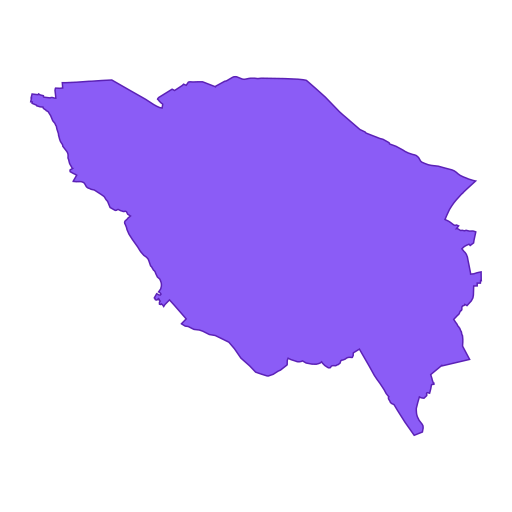 the district of Tomesti, Iasi, Romania
{"feature_id": "2599482B1049926597477", "entity_name": "Tomesti", "entity_type": "district", "adm_level": 2, "iso_a3": "ROU", "parent_name": "Romania", "parent_adm1": "Iasi", "projection": "mercator", "projection_center": [27.701, 47.108], "detail": "fine", "context": "isolated", "style": "filled", "palette": "violet", "viewbox_px": 512, "rotation_deg": 0, "n_neighbors": 0, "source": "geoboundaries", "source_scale": "gbopen_adm2", "svg_char_len": 5953}
<svg xmlns="http://www.w3.org/2000/svg" viewBox="0 0 512 512"><path d="M475.8,231.9L475.1,231.6L473.0,231.0L469.4,231.1L466.1,230.3L465.7,230.4L464.7,230.8L463.5,230.6L462.3,230.3L460.7,230.5L460.3,230.4L459.9,230.1L458.0,228.9L457.2,228.5L456.5,228.6L458.6,225.9L456.5,225.0L455.1,225.4L454.1,225.1L452.6,224.1L451.9,223.5L450.0,222.1L448.6,221.2L445.0,219.5L446.6,215.7L448.4,211.8L449.6,209.3L451.8,205.8L454.0,202.7L456.1,200.1L461.5,194.1L462.1,193.5L462.4,193.5L463.6,192.1L466.2,189.6L475.6,181.0L473.0,180.4L468.5,179.0L466.4,178.1L463.3,176.9L460.2,175.4L458.1,173.9L456.3,172.3L454.3,170.9L452.0,169.9L444.8,168.0L438.3,166.2L431.4,165.4L428.4,164.8L424.9,163.5L421.9,162.2L420.7,161.2L418.6,157.6L417.6,156.6L416.2,155.5L414.6,154.9L412.5,154.4L408.3,153.0L405.0,151.4L403.2,150.2L396.0,146.3L390.0,144.1L389.5,143.8L389.3,143.0L388.4,142.3L383.0,139.3L379.9,138.5L366.1,133.1L365.1,132.0L359.9,129.5L342.4,114.4L339.4,111.7L325.3,97.1L315.5,88.3L306.9,80.8L306.2,80.3L302.9,79.7L297.9,79.2L284.6,78.6L261.3,78.2L257.8,78.6L254.6,78.2L250.8,78.2L249.0,78.4L245.7,79.1L244.4,79.3L242.9,79.2L241.9,78.9L237.9,77.3L236.7,76.8L235.3,76.7L233.8,76.8L232.4,77.4L226.6,80.8L225.3,81.2L224.8,81.2L215.7,86.2L215.5,86.8L203.9,82.3L202.5,81.8L198.3,81.8L193.0,82.0L189.9,81.8L188.4,82.1L186.2,85.3L183.6,84.2L182.4,85.4L174.6,90.5L172.1,89.2L158.7,97.5L157.7,98.7L157.6,99.3L158.2,99.7L159.1,100.9L160.6,102.5L161.7,103.4L162.6,104.0L162.7,104.5L162.1,108.0L159.7,107.6L156.6,106.2L155.2,105.4L153.9,104.7L145.6,99.3L142.1,97.3L130.3,90.6L111.8,80.0L101.9,80.5L92.0,81.2L88.7,81.3L76.8,82.2L65.3,82.7L62.3,82.7L62.7,88.0L59.8,88.3L55.6,88.1L55.4,88.3L55.0,90.4L55.7,96.5L55.8,98.2L54.9,98.2L52.3,97.5L51.3,97.5L50.7,97.6L50.5,97.8L50.1,97.9L44.4,97.2L43.9,97.1L43.5,96.8L43.4,95.7L40.5,95.0L39.8,94.7L38.6,93.9L38.0,94.7L32.1,94.0L31.1,97.9L31.5,98.0L30.7,101.8L32.3,102.0L32.1,103.3L36.5,105.2L36.7,105.8L40.0,106.8L43.0,107.1L43.4,108.4L45.9,110.1L46.2,110.6L48.1,111.6L50.6,115.6L52.6,120.4L53.0,121.1L54.8,123.2L55.8,125.4L56.3,126.1L56.9,129.0L58.5,133.9L58.5,135.0L59.7,139.5L60.5,141.6L62.6,144.8L62.8,146.3L66.6,151.2L67.3,152.3L67.7,153.2L68.0,154.3L68.1,155.8L68.0,157.9L68.2,158.6L68.7,159.8L68.9,160.8L69.5,163.2L70.0,164.3L71.7,167.2L72.0,167.9L72.2,168.6L72.3,168.6L71.8,169.0L70.3,169.7L70.1,170.0L70.0,170.8L70.2,171.7L73.6,173.6L74.6,174.0L76.7,175.2L73.3,181.0L73.2,181.4L76.4,181.7L80.2,181.6L81.4,181.7L83.1,182.3L83.8,182.7L84.4,183.3L85.4,184.9L85.7,185.6L86.4,186.7L86.9,187.2L88.0,188.0L89.8,188.6L91.1,189.3L94.3,190.0L101.1,194.4L103.8,196.3L104.6,197.2L105.4,198.6L106.1,199.7L107.6,201.4L110.1,207.5L113.6,209.5L115.3,210.4L116.6,210.2L117.3,209.6L118.4,209.5L120.7,210.7L122.2,211.1L123.2,211.5L124.3,211.5L125.0,211.2L125.6,211.3L126.5,211.8L127.7,214.2L130.5,216.0L129.6,216.8L128.3,217.7L127.3,219.0L125.1,221.0L124.6,222.2L124.8,223.7L125.2,224.2L126.5,227.5L127.0,229.6L129.0,234.2L132.4,239.5L137.8,247.1L139.8,250.4L140.9,252.0L143.8,255.3L146.5,257.2L148.1,259.0L148.9,260.9L150.6,265.9L151.5,266.7L153.5,270.1L154.4,270.8L155.2,272.0L155.8,273.7L157.4,277.0L159.7,279.0L160.3,280.2L161.2,282.7L161.4,284.0L161.4,286.1L160.7,288.9L158.6,291.9L159.6,292.3L160.4,293.2L161.0,294.1L160.4,295.0L159.1,295.0L156.7,293.7L154.3,297.9L155.0,298.5L155.1,298.8L155.0,299.0L155.4,299.7L156.2,300.0L156.9,300.0L157.8,299.3L158.4,298.6L159.3,299.4L159.1,300.1L160.2,301.1L159.5,302.1L159.4,302.8L159.5,304.2L160.7,304.5L161.4,303.9L162.7,305.0L163.7,306.5L164.9,304.6L169.5,299.9L174.1,305.0L186.2,318.9L181.7,323.5L181.4,323.7L181.4,323.8L185.2,326.1L188.2,326.5L192.5,328.7L194.0,329.4L199.3,330.0L202.8,331.2L209.3,334.5L215.2,335.5L228.9,342.2L234.5,348.8L240.9,358.1L249.7,365.9L255.6,372.1L257.8,372.9L261.6,374.2L267.0,375.9L268.3,376.0L273.2,374.3L278.2,371.1L280.5,370.1L287.0,365.0L287.2,364.4L287.2,362.3L287.3,360.3L288.1,358.2L290.9,359.6L295.3,361.0L297.2,361.7L299.2,361.8L301.1,361.5L302.5,360.9L306.1,363.0L312.0,364.1L316.3,364.2L318.6,363.6L320.4,362.9L321.6,361.8L322.4,363.0L323.1,363.8L324.8,365.5L327.5,367.3L328.4,367.8L329.6,367.8L330.4,367.6L331.1,366.4L331.6,366.0L332.4,365.7L333.9,365.6L334.9,365.7L335.6,365.7L336.4,365.4L337.4,364.7L338.0,364.7L340.0,363.2L340.8,360.8L341.7,360.2L342.9,360.0L345.2,359.1L346.5,358.1L347.9,357.5L349.5,357.3L352.0,357.5L352.3,357.4L352.5,357.0L353.2,355.5L353.2,354.0L353.4,352.8L359.4,349.1L369.2,366.1L374.4,375.5L377.1,379.5L379.9,383.3L384.1,389.7L386.2,393.6L388.8,396.8L388.5,397.2L388.4,397.9L388.4,398.2L388.7,399.2L389.9,401.1L390.4,402.4L391.6,403.5L394.0,404.6L397.5,410.4L404.9,422.1L414.2,435.3L422.4,432.0L423.1,428.2L423.1,427.5L423.0,425.9L422.2,424.3L419.1,420.3L417.4,416.8L416.8,414.9L416.5,413.2L416.3,410.3L416.3,408.4L417.8,402.4L419.4,396.9L420.9,397.7L422.3,398.0L424.0,398.2L426.6,395.7L426.8,395.3L426.8,394.7L426.6,394.3L426.5,393.9L426.6,393.4L426.7,393.1L427.0,392.8L427.5,392.7L427.9,392.7L429.6,393.2L430.4,390.2L430.8,388.5L431.2,386.2L431.6,384.6L432.7,384.4L433.9,384.3L433.9,383.1L433.3,383.0L432.3,380.1L431.9,378.4L430.7,374.6L441.8,365.4L442.0,365.9L469.6,359.4L462.6,346.2L462.6,344.9L462.8,342.1L462.8,339.3L462.5,335.7L461.8,334.3L461.4,331.9L460.6,330.5L459.7,328.2L459.0,327.5L458.7,326.8L457.8,325.9L456.9,324.0L455.6,322.3L453.7,319.4L457.8,315.1L458.5,314.6L458.8,314.2L459.2,313.6L460.0,311.7L460.6,310.8L461.0,310.5L461.4,310.5L461.9,309.2L461.8,308.0L461.9,307.2L462.1,306.6L462.5,306.1L462.8,305.8L463.6,305.7L464.3,305.3L464.8,304.4L467.0,305.6L471.3,300.9L472.9,297.9L473.4,295.1L473.7,286.0L477.2,285.9L477.2,283.1L480.4,283.1L480.6,280.5L481.3,280.6L481.2,280.0L481.1,271.9L478.6,272.4L476.9,272.8L473.8,273.8L470.6,274.1L470.5,272.9L469.1,265.7L468.0,260.3L467.4,257.0L466.6,255.1L466.4,254.4L465.9,253.7L465.0,252.4L464.1,251.6L461.9,248.8L463.2,247.5L463.7,247.0L465.2,246.0L466.7,245.2L469.0,244.2L470.2,245.5L473.6,242.9L474.0,240.2L475.8,231.9Z" fill="#8b5cf6" stroke="#5b21b6" stroke-width="1.5"/></svg>